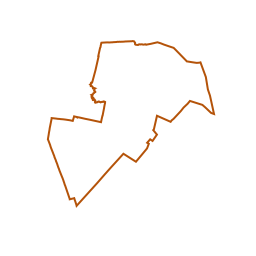 Maureni, Caras-Severin, Romania (Equal Earth projection), rotated 22°
{"feature_id": "2599482B93688021028520", "entity_name": "Maureni", "entity_type": "district", "adm_level": 2, "iso_a3": "ROU", "parent_name": "Romania", "parent_adm1": "Caras-Severin", "projection": "equal_earth", "projection_center": [21.478, 45.422], "detail": "fine", "context": "isolated", "style": "outline", "palette": "amber", "viewbox_px": 256, "rotation_deg": 22, "n_neighbors": 0, "source": "geoboundaries", "source_scale": "gbopen_adm2", "svg_char_len": 4325}
<svg xmlns="http://www.w3.org/2000/svg" viewBox="0 0 256 256"><g transform="rotate(22 128 128)"><path d="M187.6,62.3L181.1,51.6L170.6,40.0L169.7,40.7L167.3,41.9L162.8,43.0L157.5,44.2L156.8,43.8L155.2,43.1L143.6,38.0L140.3,36.6L135.6,36.9L129.9,37.2L126.7,37.2L123.2,37.5L117.5,41.5L113.7,43.9L113.6,44.0L113.4,43.9L113.2,43.8L112.6,43.9L112.2,44.2L111.6,44.7L111.3,44.8L110.9,45.0L110.5,45.1L110.1,45.1L109.9,45.1L109.5,45.2L108.7,45.6L108.5,45.8L108.2,45.9L107.9,45.9L107.3,46.1L107.2,46.2L107.0,46.4L106.9,46.5L106.7,46.5L106.5,46.8L106.3,47.2L105.8,47.4L105.1,47.6L104.2,47.8L103.8,47.9L103.4,47.8L103.2,47.7L103.0,47.3L102.6,46.5L102.6,46.3L102.1,46.0L101.9,45.9L101.5,45.6L101.3,45.4L101.2,45.4L100.9,45.5L100.5,45.5L99.9,45.6L99.5,45.8L99.1,46.1L94.2,48.3L93.1,48.8L91.8,49.5L88.7,50.9L88.0,51.1L87.1,51.6L85.8,52.1L85.2,52.5L84.7,52.8L82.7,53.7L81.2,54.5L80.5,54.8L78.2,55.9L77.7,56.0L76.9,56.3L72.8,58.2L71.4,58.9L71.4,59.3L71.6,60.3L71.8,61.4L71.8,61.7L72.2,63.3L72.2,63.5L72.1,63.9L72.1,64.1L72.2,64.8L73.5,72.5L73.9,72.5L76.2,86.6L77.2,94.8L77.3,95.7L77.5,97.2L77.7,99.4L77.5,99.5L77.4,99.4L77.2,99.4L77.1,99.5L76.9,99.7L76.9,99.8L76.8,100.1L76.8,100.3L77.0,100.7L77.0,100.8L77.1,101.1L77.1,101.3L77.1,101.5L76.9,101.7L76.8,101.8L77.1,101.9L77.3,101.9L77.4,102.0L77.4,102.3L77.4,102.5L77.5,102.6L77.9,102.4L78.1,102.4L78.2,102.5L78.1,102.9L78.1,103.0L78.4,102.9L78.6,102.8L78.8,102.8L79.0,102.8L79.4,102.9L79.5,103.0L79.8,103.2L80.1,103.6L80.4,103.6L80.5,103.7L80.5,104.1L80.6,104.3L81.3,103.9L81.5,103.7L81.8,103.6L82.4,103.6L82.1,103.9L82.1,104.0L81.9,104.2L81.9,104.4L82.5,104.8L82.5,105.0L82.4,105.2L82.4,105.3L82.5,105.8L82.6,106.1L82.9,106.2L83.0,106.2L83.2,106.4L83.5,106.5L83.6,106.4L84.2,106.8L84.1,107.1L83.6,107.5L83.5,107.8L83.4,108.1L83.4,108.3L83.2,108.5L82.9,108.8L82.9,109.0L82.9,109.3L82.9,109.5L82.6,110.0L82.4,110.3L82.3,110.5L82.2,110.6L81.9,110.8L81.7,111.0L82.0,111.1L82.5,111.2L82.8,111.2L82.9,111.3L83.0,111.5L83.0,111.9L82.9,112.1L82.8,112.4L82.5,112.6L82.6,112.8L82.8,112.9L82.9,113.3L83.0,113.4L83.1,113.5L83.3,113.8L83.5,113.9L83.8,113.9L83.8,113.7L83.8,113.4L83.9,113.1L84.1,113.0L84.3,113.0L84.7,113.1L84.9,113.4L84.9,113.5L84.7,113.8L84.4,114.0L84.4,114.4L84.4,114.5L84.5,114.6L84.6,114.9L84.7,115.0L84.8,114.9L85.2,115.1L85.3,115.0L85.5,115.0L85.6,114.9L85.7,114.7L85.7,114.4L85.8,114.1L86.0,114.0L86.3,114.1L86.5,114.5L87.2,114.7L87.3,114.7L87.4,114.8L87.4,115.0L87.4,115.6L87.6,115.8L87.7,116.0L87.8,116.0L87.8,116.4L87.8,116.6L88.1,116.8L88.5,116.7L89.0,116.2L89.4,115.9L89.6,115.8L89.8,115.7L90.0,115.5L90.0,115.4L90.0,115.2L90.3,114.9L90.8,114.7L90.9,114.4L91.1,114.3L91.4,114.3L91.9,114.5L92.0,114.5L92.2,114.4L92.3,114.4L92.9,114.5L93.0,114.5L93.1,114.4L93.3,114.2L93.4,113.9L94.1,113.6L94.4,113.5L94.9,113.0L95.0,113.0L95.2,112.9L95.2,112.7L95.4,112.6L95.5,112.5L95.8,112.5L96.0,112.7L96.3,112.5L96.3,112.4L96.5,112.4L97.0,112.4L97.4,113.6L97.6,115.0L97.9,116.5L98.2,118.0L98.3,118.2L98.9,121.4L99.8,126.0L99.7,126.1L99.7,126.3L100.3,130.0L100.8,132.7L89.2,134.7L86.0,135.3L84.4,135.6L83.1,135.8L78.8,136.5L77.4,136.8L76.8,136.9L76.8,137.2L76.5,137.1L76.3,137.1L76.1,137.1L75.8,137.1L75.6,137.1L74.5,137.3L73.8,137.4L73.7,137.4L74.1,142.1L72.3,142.4L71.2,142.6L66.6,143.7L65.1,144.1L64.7,144.2L62.2,145.0L61.3,145.2L59.5,145.8L58.2,146.1L53.5,147.4L53.6,147.7L53.8,148.6L54.6,152.8L55.0,154.9L55.3,156.6L55.6,158.0L55.9,159.1L56.5,162.1L56.9,163.7L57.6,166.9L58.0,168.6L58.3,168.8L62.4,173.2L62.5,173.4L62.7,173.7L64.1,175.3L68.1,179.5L68.6,180.1L69.7,181.2L70.0,181.5L70.8,182.6L71.0,182.7L71.1,182.9L71.4,183.2L72.0,183.8L72.4,184.2L73.3,185.1L73.5,185.5L74.3,186.3L76.1,188.2L76.8,189.1L77.0,189.3L78.2,190.7L79.4,191.9L80.2,192.9L84.7,197.6L85.9,198.8L87.0,200.0L88.0,201.1L88.1,201.3L89.1,202.4L90.7,204.4L90.8,204.5L91.1,204.7L100.0,215.0L100.5,215.5L100.7,215.9L101.9,215.1L102.0,214.9L102.7,214.5L104.4,213.2L105.0,213.9L105.6,214.7L106.6,215.8L109.1,218.8L109.5,219.4L116.2,201.1L120.1,190.5L123.9,179.5L127.1,170.6L133.4,153.6L148.0,156.3L150.7,148.0L153.3,139.8L153.2,134.8L151.3,134.5L152.8,130.2L155.6,130.8L157.3,123.3L152.2,120.5L152.5,119.5L150.3,105.8L165.2,106.3L165.6,104.6L166.8,102.5L170.6,92.6L171.9,88.2L174.2,83.2L175.3,79.7L188.3,78.7L191.8,79.9L199.4,82.9L202.5,82.8L191.9,67.3L187.6,62.3Z" fill="none" stroke="#b45309" stroke-width="2"/></g></svg>